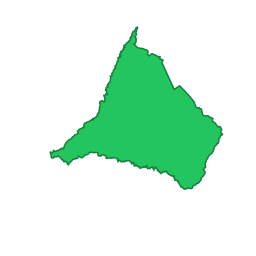 outline of Angonia, Tete, Mozambique, rotated 61°
{"feature_id": "85939544B12573256040215", "entity_name": "Angonia", "entity_type": "district", "adm_level": 2, "iso_a3": "MOZ", "parent_name": "Mozambique", "parent_adm1": "Tete", "projection": "mercator", "projection_center": [34.103, -14.769], "detail": "fine", "context": "isolated", "style": "filled", "palette": "green", "viewbox_px": 256, "rotation_deg": 61, "n_neighbors": 0, "source": "geoboundaries", "source_scale": "gbopen_adm2", "svg_char_len": 5826}
<svg xmlns="http://www.w3.org/2000/svg" viewBox="0 0 256 256"><g transform="rotate(61 128 128)"><path d="M205.5,110.1L205.6,109.7L205.9,109.4L207.2,109.1L207.4,108.8L208.2,108.6L209.4,107.4L209.4,105.7L209.8,104.1L211.2,102.9L211.7,101.6L211.6,100.6L210.4,99.6L210.1,99.0L210.5,96.7L210.4,96.0L210.0,95.5L209.8,94.4L210.3,93.6L210.2,92.9L210.0,92.0L209.5,91.3L209.3,90.4L208.5,88.9L207.5,88.6L206.8,86.9L206.5,85.3L204.6,82.3L203.3,81.8L200.8,82.1L200.1,80.7L200.2,79.7L200.0,79.2L197.8,78.2L196.7,78.0L195.9,77.3L195.3,76.1L194.0,74.8L193.3,73.4L191.4,70.7L190.5,66.0L188.3,63.2L187.0,62.4L185.8,60.0L185.7,58.8L184.9,58.2L185.2,56.9L185.0,56.4L183.8,55.2L181.3,53.5L180.8,52.1L179.6,50.6L179.7,49.2L179.5,48.5L178.6,48.5L178.0,48.9L176.2,48.8L175.9,48.6L174.9,47.0L174.3,46.7L172.9,46.9L171.8,46.7L171.0,47.4L171.0,48.3L170.3,48.5L169.8,49.0L168.9,49.2L166.8,49.2L165.7,49.4L163.2,50.7L162.2,50.6L160.9,49.2L160.4,49.3L157.9,51.5L156.0,52.1L155.4,53.9L154.7,55.0L153.5,55.9L152.6,56.2L151.7,56.1L147.8,54.8L146.7,54.8L145.7,56.0L145.1,55.8L144.7,56.0L144.4,57.5L142.4,58.3L141.4,58.4L140.7,58.1L138.9,57.8L137.9,58.0L137.2,57.5L128.5,59.1L116.2,62.3L116.6,68.9L86.9,66.6L86.2,65.0L85.7,64.5L83.9,65.6L82.9,66.9L81.2,65.4L79.6,68.0L78.7,67.8L74.7,70.9L74.6,71.8L75.2,74.4L74.3,74.6L73.3,75.3L71.9,74.5L71.3,73.5L69.6,73.3L66.9,75.7L65.9,76.2L64.1,78.9L63.4,79.4L62.8,80.4L60.8,81.3L58.9,81.5L57.5,82.1L57.3,82.0L57.3,80.4L56.4,79.1L53.6,77.5L53.0,77.4L52.3,77.8L51.9,77.8L50.1,75.0L48.6,75.0L47.9,74.3L47.5,73.6L46.6,73.2L45.1,71.0L44.3,71.0L44.3,72.4L45.1,73.3L45.7,74.4L46.2,74.8L46.3,76.1L46.0,76.8L46.9,77.5L47.3,78.7L48.2,79.3L48.8,79.2L49.3,79.7L49.2,80.2L49.5,80.4L49.5,80.9L50.2,81.3L50.3,81.9L50.0,82.2L50.1,82.4L52.0,83.0L52.1,84.5L52.5,85.2L53.0,85.2L53.1,85.4L52.8,86.8L53.1,87.5L53.0,88.2L54.1,89.8L54.2,91.0L53.8,91.0L53.7,91.2L54.3,91.8L55.9,91.6L56.0,92.0L55.5,92.5L55.5,92.8L56.5,93.5L57.1,93.6L56.9,94.4L57.7,95.0L58.2,95.8L58.2,96.3L57.5,96.6L57.8,97.5L58.5,97.8L58.7,98.4L59.6,98.6L59.6,99.2L59.8,99.8L60.5,99.7L61.2,100.6L61.6,99.7L61.8,100.4L62.4,100.7L62.2,101.6L61.7,102.0L61.7,102.7L64.4,103.8L64.7,104.4L64.4,105.0L65.1,105.2L65.3,105.7L66.4,106.7L67.1,107.8L67.5,109.2L68.2,109.7L68.5,109.3L68.8,109.3L69.5,110.2L69.6,110.9L70.7,113.1L71.8,113.8L72.3,114.4L72.2,115.0L72.6,115.9L74.7,116.8L74.8,117.1L74.2,118.4L75.0,118.3L75.9,119.2L77.0,119.7L78.5,121.0L79.1,122.4L79.5,122.7L79.4,123.4L80.3,124.0L80.2,124.7L80.6,124.9L81.1,125.8L81.4,125.9L81.8,125.3L82.3,125.3L82.0,126.5L82.2,127.7L83.1,128.1L83.2,128.6L84.2,129.3L84.9,128.8L85.7,129.3L88.6,129.5L88.7,129.9L87.8,130.2L87.6,130.5L87.6,131.1L88.4,132.1L87.8,133.4L89.9,133.7L92.0,134.3L93.7,136.0L93.6,136.3L93.1,136.3L92.5,136.6L91.4,137.9L91.5,138.6L91.2,139.2L91.5,139.9L92.6,140.7L92.9,140.3L93.3,140.4L95.6,142.2L96.0,142.9L96.8,143.4L97.7,143.5L98.5,144.9L100.1,145.4L100.2,146.4L100.7,146.9L100.8,147.6L101.4,148.4L102.5,148.7L102.6,149.2L102.4,149.8L103.1,151.2L102.9,152.6L103.3,153.2L102.7,154.3L103.1,154.7L103.8,154.6L103.9,155.2L103.7,155.6L103.2,155.8L103.4,158.8L103.1,160.2L103.1,162.5L102.7,163.7L104.5,165.5L105.7,165.8L106.3,166.3L105.7,167.3L105.9,168.1L105.5,170.9L106.0,173.0L106.6,174.0L108.2,173.8L108.7,174.8L108.2,177.8L108.7,179.0L109.0,181.0L109.9,183.0L109.7,185.7L110.2,186.8L110.3,187.8L111.4,190.3L112.3,191.4L112.8,192.4L114.4,193.8L114.5,194.3L114.2,194.7L114.8,195.2L113.5,196.0L113.9,197.4L113.7,198.0L113.9,199.3L113.4,201.3L113.5,202.2L112.8,203.7L112.0,203.5L111.5,204.0L112.8,205.0L112.9,206.1L111.6,207.0L111.5,207.7L113.2,208.3L114.8,208.4L116.4,209.3L117.0,209.2L118.0,208.2L117.5,206.5L118.0,205.2L118.6,204.4L118.6,202.7L120.9,201.5L121.9,201.5L123.9,201.1L124.4,200.3L126.4,200.5L126.6,200.3L126.7,199.3L127.8,198.4L129.0,198.0L130.3,198.5L131.2,198.0L131.2,197.4L130.5,197.2L130.1,196.5L130.1,195.0L129.5,194.1L129.6,193.5L128.7,191.5L130.1,186.8L129.3,186.0L128.7,184.8L130.7,183.7L131.8,182.7L131.4,181.5L131.6,180.6L130.7,178.8L131.3,177.6L131.5,175.4L130.8,173.4L131.9,170.8L132.6,170.5L133.4,169.3L133.6,168.0L134.1,167.4L135.3,166.3L135.8,166.9L136.8,166.9L137.5,167.5L138.3,167.0L138.9,165.9L139.4,165.4L138.7,163.6L141.9,160.6L143.8,161.4L143.9,161.7L144.2,161.6L144.4,160.9L144.2,160.3L144.8,159.8L145.3,158.3L145.9,157.8L146.2,157.5L146.1,157.1L146.7,156.7L146.6,156.1L148.1,153.2L149.9,152.1L150.4,152.7L151.1,152.5L151.4,152.9L152.0,152.7L152.5,152.9L152.2,151.7L152.2,150.8L154.0,150.6L154.4,150.3L155.1,148.4L155.0,147.8L155.8,147.5L155.7,146.4L155.9,145.4L156.3,145.2L156.2,144.4L157.5,142.4L158.6,142.4L158.8,141.9L159.1,141.8L161.0,142.2L161.3,141.1L160.9,140.0L161.2,139.8L161.6,139.8L162.4,140.5L164.3,140.9L164.6,140.4L164.1,139.0L164.2,138.9L165.1,138.9L165.5,138.0L165.9,137.9L166.3,138.2L167.5,137.2L168.0,136.4L168.5,136.4L168.9,137.0L169.1,136.9L169.4,134.9L169.9,133.7L169.3,132.6L169.7,132.4L170.1,132.6L170.9,131.8L170.4,131.3L170.6,130.4L170.3,129.9L172.7,130.6L173.1,130.5L173.3,129.0L174.1,128.6L173.7,127.3L173.5,125.7L174.3,125.8L175.1,125.3L175.6,125.8L176.7,125.5L177.2,125.6L176.5,124.7L176.5,124.1L176.1,124.0L175.5,123.2L175.7,122.5L176.0,122.4L176.6,122.8L177.0,122.5L178.0,122.5L178.5,122.2L178.8,122.7L179.2,122.3L179.4,122.6L180.0,122.6L180.3,122.4L180.3,122.1L181.5,122.2L181.9,121.7L183.7,121.3L183.3,120.8L183.5,120.5L183.7,119.2L183.5,118.5L184.1,117.4L183.7,116.9L183.9,115.7L184.6,115.8L185.2,115.3L185.9,115.6L186.3,115.3L186.8,115.3L187.4,114.9L188.0,115.1L188.8,114.4L190.2,113.8L190.6,113.3L190.7,112.7L191.4,112.7L191.6,112.2L192.2,112.0L192.0,111.3L192.4,111.2L192.6,110.9L193.5,111.6L194.1,111.8L194.6,111.6L194.9,111.9L195.2,111.8L195.5,112.2L196.1,112.4L197.0,111.8L197.5,110.6L197.8,110.5L198.0,110.1L198.4,110.2L198.6,109.9L199.3,110.6L200.1,110.2L201.2,110.4L205.5,110.1Z" fill="#22c55e" stroke="#15803d" stroke-width="1.5"/></g></svg>